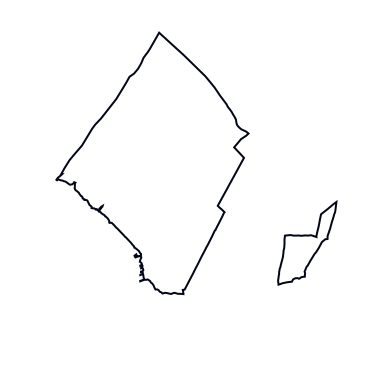 outline of Aana Alofi III, Aiga-i-le-Tai, Samoa, rotated 227°
{"feature_id": "51752279B31519013517302", "entity_name": "Aana Alofi III", "entity_type": "district", "adm_level": 2, "iso_a3": "WSM", "parent_name": "Samoa", "parent_adm1": "Aiga-i-le-Tai", "projection": "equal_earth", "projection_center": [-172.012, -13.853], "detail": "fine", "context": "isolated", "style": "outline", "palette": "ink", "viewbox_px": 384, "rotation_deg": 227, "n_neighbors": 0, "source": "geoboundaries", "source_scale": "gbopen_adm2", "svg_char_len": 3726}
<svg xmlns="http://www.w3.org/2000/svg" viewBox="0 0 384 384"><g transform="rotate(227 192 192)"><path d="M293.4,101.2L292.6,101.3L292.6,102.1L292.2,102.9L290.2,103.9L288.7,105.1L287.2,105.7L285.9,106.6L281.3,107.5L280.6,107.7L279.3,109.6L279.2,111.9L279.5,112.5L278.3,113.1L278.0,112.1L275.8,110.0L275.1,109.1L274.5,108.5L273.0,108.1L269.9,108.6L268.6,108.7L266.8,108.3L265.0,108.1L263.9,108.5L262.7,108.3L262.3,107.8L261.7,107.9L260.4,107.7L260.0,108.4L259.2,108.2L258.0,109.4L257.0,109.6L252.5,108.2L251.3,108.4L249.6,108.5L248.9,107.6L247.8,108.2L246.8,109.3L245.5,109.6L244.7,110.4L244.4,109.9L243.3,110.7L241.6,110.6L241.9,111.9L242.9,112.8L243.1,115.8L242.8,117.2L242.3,116.3L242.4,115.3L242.0,114.4L242.1,113.3L241.4,111.5L241.0,110.9L239.3,111.4L238.7,111.2L236.6,111.6L234.6,112.2L233.3,111.9L232.8,112.2L230.1,112.3L228.1,112.0L226.8,111.3L226.0,110.6L225.4,110.8L224.9,111.8L223.8,112.3L220.9,112.4L217.7,112.3L215.9,112.5L212.1,112.5L206.8,112.6L204.9,112.5L203.5,112.7L199.7,112.7L195.9,112.7L193.9,112.5L191.7,112.5L190.5,111.9L189.8,112.3L187.2,112.7L185.0,112.9L182.8,112.4L181.5,112.5L180.2,111.2L182.0,108.6L182.8,108.1L184.4,108.7L184.6,106.5L183.4,106.0L182.6,106.1L182.2,107.4L180.5,110.4L179.8,110.8L178.7,110.3L177.8,108.2L176.6,106.3L174.5,106.6L173.4,106.1L173.0,105.6L173.5,104.0L173.2,103.8L172.6,105.7L171.8,105.5L170.9,104.3L171.2,102.8L170.9,102.7L170.5,104.0L169.0,103.7L167.9,102.9L167.9,101.6L168.6,100.4L168.3,100.1L167.6,101.3L166.8,101.1L166.0,100.5L166.0,99.8L166.7,97.8L166.5,97.6L165.5,99.9L165.1,100.1L162.3,98.2L160.8,97.6L160.8,97.1L162.3,93.4L162.0,93.2L160.3,97.3L159.1,98.5L158.4,99.8L157.5,100.2L155.2,100.6L154.0,100.2L152.6,100.5L150.3,100.3L147.3,99.2L145.6,98.8L144.9,99.7L144.1,100.3L142.8,100.6L141.1,100.4L139.3,101.2L138.2,101.1L137.7,101.4L136.6,103.6L134.6,105.2L133.4,105.9L131.8,107.1L131.4,107.7L130.7,109.7L130.0,110.6L127.1,112.3L126.0,113.5L123.5,115.9L123.2,116.1L124.0,116.8L126.7,118.5L125.6,120.0L128.7,128.8L131.7,137.3L133.3,141.5L134.9,146.1L138.3,155.2L140.7,162.1L141.5,164.1L142.5,167.3L146.1,177.1L147.1,179.5L148.3,182.5L148.1,183.0L149.4,186.3L150.8,190.4L153.1,196.6L154.7,200.6L155.0,202.0L158.1,201.9L162.2,201.5L164.3,201.4L181.5,253.3L195.9,253.3L197.2,264.0L196.5,268.1L196.2,270.2L196.2,273.2L199.3,272.8L204.0,270.9L205.9,270.6L208.3,270.5L209.8,270.6L211.1,271.0L213.4,272.4L214.7,273.4L217.6,274.3L221.2,275.0L222.9,275.5L227.2,276.1L228.7,276.1L230.7,276.5L232.6,277.1L243.8,278.3L246.8,278.8L253.3,279.8L267.5,280.7L297.8,279.3L314.5,277.9L328.2,276.8L330.9,276.6L325.3,258.5L324.5,255.3L323.2,248.1L320.7,242.5L318.9,236.7L318.1,230.4L318.9,225.0L316.9,218.8L314.2,209.3L311.6,199.9L308.9,182.7L307.8,175.5L307.3,167.3L306.3,161.9L303.9,153.5L301.0,143.2L300.3,136.9L299.7,131.2L298.8,124.2L296.3,114.8L294.2,108.4L293.6,109.1L293.6,107.6L293.9,103.7L293.4,101.2ZM86.2,290.8L86.6,287.6L87.0,279.4L87.7,271.2L84.9,267.2L80.4,261.1L78.7,258.5L77.3,256.3L75.5,253.8L75.2,253.1L74.2,252.3L79.1,249.7L81.0,247.1L83.2,245.0L84.7,243.0L85.7,241.8L87.6,240.2L88.8,238.7L91.0,236.4L93.1,234.9L94.5,233.2L96.7,230.2L95.8,229.2L94.2,227.3L92.2,225.4L91.2,224.5L88.1,221.2L86.5,218.8L85.7,218.0L82.8,214.6L81.3,212.4L77.7,206.6L76.9,205.7L76.2,204.1L74.0,201.1L72.3,199.4L71.3,197.9L70.4,197.0L68.6,194.6L65.2,192.1L63.5,196.0L61.3,199.7L59.1,202.8L58.3,203.9L59.1,206.3L58.9,207.4L58.3,208.9L57.0,210.5L55.6,211.1L55.3,212.0L55.2,213.7L54.0,215.7L53.1,216.7L55.0,218.8L55.5,219.3L57.0,220.1L59.2,225.0L59.2,226.3L60.7,230.8L63.1,239.4L63.3,241.6L64.7,246.9L66.8,252.9L66.5,257.4L65.5,258.6L65.2,259.1L67.3,261.1L71.2,268.4L74.2,273.1L77.0,278.1L78.5,280.5L79.7,282.9L80.9,284.5L86.2,290.8Z" fill="none" stroke="#020617" stroke-width="2"/></g></svg>